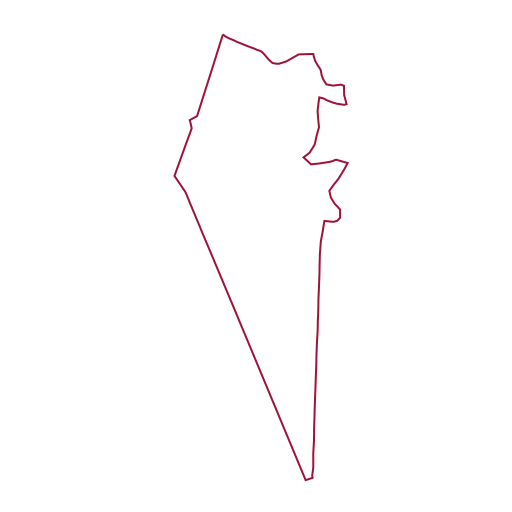 Salkhad, As Suwayda', Syria, rotated 100°
{"feature_id": "27442178B39967895671995", "entity_name": "Salkhad", "entity_type": "district", "adm_level": 2, "iso_a3": "SYR", "parent_name": "Syria", "parent_adm1": "As Suwayda'", "projection": "robinson", "projection_center": [36.79, 32.496], "detail": "fine", "context": "isolated", "style": "outline", "palette": "rose", "viewbox_px": 512, "rotation_deg": 100, "n_neighbors": 0, "source": "geoboundaries", "source_scale": "gbopen_adm2", "svg_char_len": 2102}
<svg xmlns="http://www.w3.org/2000/svg" viewBox="0 0 512 512"><g transform="rotate(100 256 256)"><path d="M464.7,161.8L464.4,161.8L462.3,162.6L460.4,162.6L454.1,162.9L440.6,165.3L427.4,166.9L414.0,169.1L403.5,170.6L401.5,170.9L399.5,171.2L390.5,172.5L378.1,174.2L366.7,175.8L364.9,176.1L354.9,177.4L346.6,178.7L343.4,179.2L331.1,180.9L319.0,182.3L312.5,183.3L308.9,183.9L304.7,184.4L297.0,185.5L287.0,187.1L275.6,188.6L263.3,190.3L253.9,191.8L243.3,193.4L230.2,194.7L221.1,194.6L219.4,194.6L214.2,194.7L209.6,194.7L208.9,185.7L208.8,185.4L207.3,182.2L205.3,180.9L203.6,179.8L200.6,180.4L195.6,181.3L190.9,187.6L185.5,192.4L183.8,193.1L179.1,195.1L173.0,192.2L165.8,188.3L160.1,186.0L156.6,184.6L154.1,183.7L148.5,181.9L148.4,183.0L148.0,186.6L147.6,190.7L147.3,192.7L147.2,193.0L147.8,195.1L149.0,196.5L150.6,200.1L153.7,209.1L154.9,213.3L156.2,217.8L156.0,218.0L155.1,219.4L154.8,219.9L154.6,220.1L150.6,226.3L144.9,221.1L136.2,217.6L133.2,217.4L129.5,217.3L128.7,217.2L127.0,217.2L125.4,217.0L121.0,216.6L118.4,216.3L115.4,217.1L114.5,217.4L112.6,217.9L110.6,218.5L110.2,218.6L102.7,220.5L95.0,221.0L88.8,221.2L89.1,216.8L90.3,213.3L91.6,206.6L92.0,202.5L91.8,195.3L90.7,193.2L82.0,197.2L73.1,198.9L72.5,202.1L73.4,205.1L74.8,209.6L74.8,216.4L73.3,217.8L70.2,220.6L66.4,222.8L61.6,224.6L59.7,226.2L57.6,228.3L53.6,231.6L48.9,234.0L47.2,234.6L47.4,236.2L47.8,238.3L47.9,238.9L48.2,240.2L48.4,240.9L48.5,241.4L48.5,241.6L49.4,245.9L50.1,249.0L59.0,259.8L61.0,263.5L62.8,267.1L62.8,267.5L63.1,269.1L63.1,273.2L60.4,277.5L54.6,284.6L53.4,286.9L52.8,290.7L52.0,294.0L50.7,301.2L50.2,303.6L48.4,312.1L47.3,315.6L46.4,320.2L45.1,324.1L43.9,326.5L44.6,327.2L62.1,329.5L62.3,329.5L62.5,329.6L66.1,330.0L87.3,332.8L106.5,335.4L128.4,338.3L130.7,341.1L133.7,344.8L133.8,344.7L134.3,344.5L135.6,343.9L141.4,341.5L142.7,341.7L147.3,342.5L156.6,344.2L191.3,350.2L199.6,342.1L205.4,336.5L206.7,335.7L207.1,335.4L207.3,335.3L207.4,335.2L214.4,330.8L232.4,319.3L235.6,317.2L243.3,312.4L254.0,305.4L267.5,296.7L304.6,272.9L304.8,272.7L468.1,168.2L464.7,161.8Z" fill="none" stroke="#9f1239" stroke-width="2"/></g></svg>